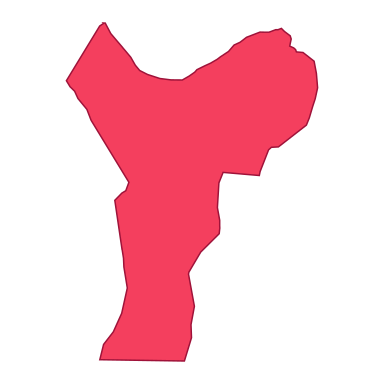 the district of Obudu, Cross River, Nigeria
{"feature_id": "59680162B9948575660850", "entity_name": "Obudu", "entity_type": "district", "adm_level": 2, "iso_a3": "NGA", "parent_name": "Nigeria", "parent_adm1": "Cross River", "projection": "natural_earth1", "projection_center": [9.084, 6.544], "detail": "fine", "context": "isolated", "style": "filled", "palette": "rose", "viewbox_px": 384, "rotation_deg": 0, "n_neighbors": 0, "source": "geoboundaries", "source_scale": "gbopen_adm2", "svg_char_len": 1220}
<svg xmlns="http://www.w3.org/2000/svg" viewBox="0 0 384 384"><path d="M114.8,200.3L122.1,249.9L121.9,248.0L123.5,258.2L123.9,267.0L127.3,288.0L121.7,313.3L113.3,331.9L103.6,344.4L99.8,359.7L184.4,361.0L191.5,337.7L191.0,324.7L194.4,306.3L188.5,274.1L188.9,272.1L200.7,252.1L200.9,251.9L219.2,233.7L219.8,228.1L219.7,225.6L219.7,220.3L217.4,207.6L218.9,182.9L223.1,172.4L259.3,175.5L260.1,171.6L268.6,149.8L271.4,147.3L278.4,146.9L306.4,125.1L309.3,117.9L312.8,106.1L315.2,98.8L317.6,87.8L316.4,73.4L314.1,61.2L303.0,52.5L296.4,51.9L295.6,49.6L293.7,47.9L289.7,46.1L291.2,39.0L290.2,35.8L284.5,31.5L281.4,28.4L279.3,29.2L278.0,29.7L275.7,29.7L269.0,32.2L264.5,32.2L260.0,32.1L256.6,33.4L249.9,36.0L246.5,37.3L242.9,40.1L240.0,42.3L234.1,45.0L228.5,51.5L220.6,56.7L217.2,59.3L210.5,63.2L204.8,65.8L197.0,69.6L194.7,72.2L189.1,76.1L182.3,80.0L172.1,79.9L171.1,79.9L159.9,78.5L147.6,74.5L146.4,73.9L139.7,70.5L135.3,65.2L130.8,57.3L124.2,49.4L123.2,48.3L122.8,47.7L117.5,41.5L110.8,33.6L105.7,24.0L105.3,23.1L103.4,23.0L103.7,23.3L99.7,26.0L66.4,80.7L70.1,86.8L74.6,91.2L78.0,98.6L86.9,109.4L91.1,120.3L128.9,182.3L125.8,190.7L121.7,193.2L120.7,194.3L114.8,200.3Z" fill="#f43f5e" stroke="#9f1239" stroke-width="1.5"/></svg>